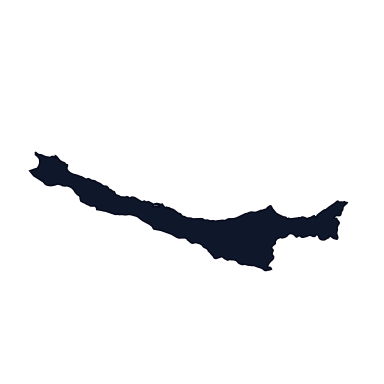 an SVG outline of West Coast, rotated 56°
{"feature_id": "NZL-3406", "entity_name": "West Coast", "entity_type": "Regional Council", "adm_level": 1, "iso_a3": "NZL", "parent_name": "New Zealand", "parent_adm1": "", "projection": "natural_earth1", "projection_center": [171.032, -42.634], "detail": "fine", "context": "isolated", "style": "filled", "palette": "ink", "viewbox_px": 384, "rotation_deg": 56, "n_neighbors": 0, "source": "natural_earth", "source_scale": "10m", "svg_char_len": 6050}
<svg xmlns="http://www.w3.org/2000/svg" viewBox="0 0 384 384"><g transform="rotate(56 192 192)"><path d="M73.5,300.9L73.0,300.4L71.8,299.9L71.8,299.4L74.2,298.7L75.2,298.1L77.0,296.1L80.3,294.1L82.3,292.2L84.0,290.2L84.2,288.3L84.6,287.5L85.7,286.6L86.4,286.2L87.0,286.0L86.6,285.8L85.5,285.0L86.5,284.5L87.6,284.3L90.8,284.1L92.7,283.7L94.5,282.8L95.5,282.1L96.0,281.7L96.7,281.3L98.1,281.4L98.5,281.2L99.8,280.1L100.7,280.6L101.5,281.7L102.6,282.8L105.1,283.1L108.0,282.3L110.9,280.6L114.0,277.8L116.4,276.2L117.4,275.3L118.3,274.7L121.6,273.1L122.4,272.3L122.7,271.8L122.7,271.1L122.9,270.6L123.3,270.2L124.7,269.4L125.2,269.2L126.2,268.7L128.2,266.5L129.1,266.0L130.1,265.7L133.9,263.3L136.5,262.5L137.9,261.8L138.5,260.9L138.8,260.4L139.3,259.8L140.0,259.4L140.5,259.3L141.9,259.1L142.8,259.3L143.3,259.2L143.9,258.8L144.6,258.1L146.7,257.5L148.5,256.3L150.6,256.7L151.8,256.6L154.5,254.6L155.5,254.3L156.3,253.8L158.1,251.3L158.9,250.5L159.2,249.8L159.2,248.9L160.3,247.8L161.6,247.6L162.2,246.9L162.3,246.0L162.6,244.6L163.7,243.4L164.8,242.5L171.8,239.3L172.4,238.3L172.9,236.5L174.0,236.2L174.8,235.5L175.6,233.5L176.2,233.1L177.4,232.6L178.8,231.7L179.5,231.4L180.3,231.2L180.9,231.4L182.0,232.0L182.6,232.2L186.0,227.2L184.3,226.9L183.0,228.2L181.9,230.0L180.6,230.8L181.6,227.9L183.4,226.0L184.7,225.0L185.3,224.0L185.3,223.5L189.1,223.3L190.3,222.8L190.7,222.4L190.3,221.7L191.2,221.1L191.9,220.1L192.7,219.5L193.9,220.0L194.0,218.9L194.6,218.6L194.9,218.1L197.0,216.9L201.7,215.4L203.7,213.8L206.8,213.5L207.9,212.3L208.5,211.8L210.4,210.9L211.3,209.9L213.2,207.4L214.1,206.9L215.0,206.1L219.5,198.9L220.2,198.2L221.8,197.6L222.7,197.0L223.1,196.2L223.9,194.9L224.4,194.4L225.7,193.6L226.6,192.4L227.9,190.1L228.9,189.5L232.6,182.4L233.7,181.2L234.3,180.2L234.4,178.1L234.8,176.5L237.3,172.8L238.4,169.8L239.9,160.1L240.8,157.7L241.0,156.2L241.6,154.5L241.8,154.0L243.6,151.9L244.4,150.8L244.9,149.3L245.8,145.1L246.6,143.8L247.1,141.6L248.2,139.1L247.8,138.4L247.4,138.9L247.2,138.4L247.1,138.0L247.1,134.9L247.9,134.3L251.1,134.7L254.7,134.3L256.1,134.3L258.7,133.2L263.7,130.2L265.0,128.7L265.5,128.4L266.3,128.2L267.0,128.3L267.5,128.2L267.8,126.6L269.3,125.4L270.0,124.3L272.0,120.2L272.3,119.8L272.5,119.8L272.7,119.5L272.8,118.2L273.3,117.7L273.7,117.1L274.0,116.5L274.2,115.7L274.2,115.0L274.8,114.0L276.2,112.9L277.8,111.9L278.9,111.5L278.7,110.9L278.7,110.3L278.8,109.6L279.5,108.4L279.6,107.6L279.6,106.1L279.8,104.5L280.1,103.9L280.6,104.1L281.9,103.4L282.6,103.4L281.5,101.5L281.2,100.7L280.8,93.4L280.9,92.6L281.4,91.1L281.5,90.5L281.2,87.0L281.2,79.8L280.9,77.7L280.9,76.6L281.4,76.0L282.1,76.0L282.5,75.8L282.9,75.4L283.6,74.1L284.9,72.5L285.0,72.1L285.1,71.4L285.2,71.1L285.6,70.8L286.3,70.8L286.7,70.6L287.2,69.5L287.7,69.3L287.9,69.9L288.6,74.4L289.1,75.4L290.8,76.8L291.3,77.6L291.7,78.8L292.2,79.6L292.8,80.2L293.5,80.8L294.1,81.6L294.2,82.4L293.9,83.2L293.3,84.1L292.9,84.4L292.4,85.2L292.1,86.2L292.3,88.2L292.8,88.8L293.4,88.6L294.5,87.3L294.9,87.0L295.4,87.0L295.9,87.2L296.5,87.3L298.0,87.0L299.2,87.0L299.8,87.2L300.5,87.8L300.8,88.5L301.0,89.3L301.3,89.9L301.8,90.4L302.2,91.2L302.6,91.6L303.1,91.9L303.7,92.1L304.4,92.5L306.6,94.8L307.3,95.3L308.0,95.6L310.7,96.3L311.6,96.9L312.1,97.5L312.2,97.9L312.0,98.5L309.6,100.5L305.9,101.9L305.3,102.4L305.3,103.0L306.1,103.8L306.3,104.2L306.2,104.9L306.0,105.6L305.9,106.8L305.9,107.9L305.7,109.1L305.0,110.1L304.0,111.3L303.0,111.9L302.1,112.2L301.2,112.2L299.2,111.6L298.5,111.7L297.8,111.9L297.0,112.4L296.7,112.8L296.8,113.3L297.4,114.1L297.4,114.7L297.2,115.5L296.6,116.4L294.1,118.0L293.6,118.8L293.3,119.7L292.7,122.4L292.1,124.0L291.5,125.5L290.8,126.3L289.9,126.7L288.7,127.1L288.1,127.8L287.9,128.7L288.0,129.5L287.9,130.4L287.3,130.8L284.7,131.2L283.8,131.6L282.9,132.1L281.9,133.0L281.4,133.7L281.1,134.3L281.0,135.4L281.1,136.4L281.3,137.0L281.5,137.6L281.6,138.8L281.4,140.4L280.8,142.1L280.3,143.1L279.0,144.1L278.4,147.3L278.5,148.1L278.8,149.0L279.3,150.3L279.8,150.8L280.9,151.5L281.4,152.0L281.5,152.8L281.5,153.8L281.6,155.0L281.9,156.1L282.4,156.9L283.0,157.3L283.7,157.4L285.3,157.2L286.0,157.5L286.4,158.1L286.8,158.9L287.1,159.4L287.4,159.7L288.6,160.4L289.1,160.6L290.4,160.4L291.2,160.5L292.1,161.1L292.7,161.9L293.1,163.0L293.5,165.8L293.9,167.4L294.9,169.6L295.7,170.6L296.5,171.0L297.0,170.9L297.4,170.6L298.1,169.4L298.5,169.2L299.5,169.1L300.4,169.3L300.1,170.6L299.9,171.2L299.6,172.0L298.9,173.3L298.7,174.0L298.4,174.8L297.7,175.5L296.4,176.0L295.4,176.2L293.9,176.9L291.2,179.1L288.0,181.4L287.2,182.2L286.6,183.2L286.2,183.8L285.0,184.9L284.5,185.8L283.9,186.5L281.6,188.3L280.2,191.0L278.6,192.2L277.3,192.9L276.3,193.2L274.8,193.3L274.0,193.5L272.4,194.5L271.4,195.4L270.2,197.1L268.9,198.5L268.7,199.3L268.5,200.5L265.3,202.3L262.5,203.1L262.2,203.4L262.0,204.1L261.6,205.8L261.0,207.6L260.8,208.5L260.5,209.3L260.0,209.9L259.2,210.4L256.5,210.3L254.6,210.7L252.4,210.8L250.1,211.4L249.8,211.4L249.4,211.2L248.9,211.1L248.3,211.1L246.3,211.8L245.2,212.6L244.4,213.0L243.5,213.2L241.7,213.3L239.6,214.1L238.4,215.0L236.1,217.0L235.5,218.2L234.9,220.0L234.3,220.7L233.3,221.2L229.2,222.4L228.0,222.3L226.0,223.5L222.7,228.7L220.8,230.0L215.5,232.5L206.4,239.2L201.3,244.4L199.9,244.4L199.1,244.1L197.3,244.4L194.8,245.3L187.8,249.0L182.5,250.7L180.9,251.6L176.9,255.0L175.5,256.5L174.7,257.9L174.0,259.5L172.6,261.3L171.2,262.8L170.3,264.6L169.1,265.8L167.7,268.1L159.6,274.3L157.8,276.2L156.0,277.8L153.3,280.8L151.7,280.0L150.8,280.0L149.5,280.2L148.6,281.4L147.8,282.7L146.8,284.0L145.3,284.7L143.4,286.0L141.2,287.0L139.5,288.2L137.4,289.2L135.7,288.7L134.4,288.1L133.5,287.5L132.0,287.5L130.0,288.5L126.8,288.9L124.2,288.8L122.0,289.1L119.6,290.1L117.2,291.9L116.6,292.6L116.1,293.8L114.3,295.8L112.4,296.8L111.3,297.9L110.3,299.0L109.8,300.4L109.5,301.7L108.2,304.8L107.0,306.5L105.1,308.4L103.7,309.2L100.3,309.6L90.1,314.1L83.7,314.7L85.1,309.4L85.5,308.3L85.9,306.8L85.2,305.6L84.7,304.3L83.6,302.9L82.6,301.8L80.8,300.7L79.0,299.9L76.3,300.1L73.5,300.9Z" fill="#0f172a" stroke="#020617" stroke-width="1.5"/></g></svg>